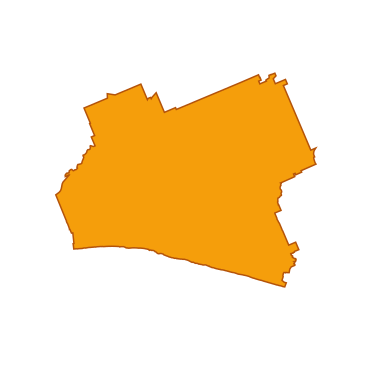 the district of Capel, Western Australia, Australia, rotated 247°
{"feature_id": "25037944B63911738750692", "entity_name": "Capel", "entity_type": "district", "adm_level": 2, "iso_a3": "AUS", "parent_name": "Australia", "parent_adm1": "Western Australia", "projection": "albers", "projection_center": [115.572, -33.527], "detail": "fine", "context": "isolated", "style": "filled", "palette": "amber", "viewbox_px": 384, "rotation_deg": 247, "n_neighbors": 0, "source": "geoboundaries", "source_scale": "gbopen_adm2", "svg_char_len": 5810}
<svg xmlns="http://www.w3.org/2000/svg" viewBox="0 0 384 384"><g transform="rotate(247 192 192)"><path d="M185.7,60.9L184.9,63.4L184.4,64.3L184.1,65.6L183.3,67.8L182.9,68.9L182.7,70.6L181.9,72.4L181.7,73.5L181.5,74.3L181.4,74.8L181.1,75.8L180.7,76.8L180.1,78.8L179.7,79.9L179.4,81.0L179.0,81.7L178.7,83.2L178.2,84.6L177.6,86.4L177.2,87.2L176.9,88.2L176.6,88.6L176.3,89.2L175.5,91.5L175.2,92.5L174.9,93.1L174.7,93.8L173.9,95.6L173.4,97.0L172.3,99.4L171.7,100.7L170.5,103.2L170.1,103.7L169.9,103.9L169.6,104.1L169.6,104.9L169.5,105.1L168.5,107.5L168.0,108.1L167.3,108.8L166.3,109.5L166.1,109.8L166.0,110.4L165.5,110.9L165.2,111.4L164.6,113.0L164.2,114.3L163.7,115.8L163.0,117.4L162.1,119.3L161.3,120.7L160.4,122.9L160.1,123.4L158.6,126.1L158.1,126.7L157.2,128.1L156.6,128.9L156.3,129.4L156.0,129.7L155.7,129.8L155.1,129.8L154.9,130.0L154.8,130.3L154.9,130.8L154.7,131.3L154.4,131.7L153.9,132.1L153.8,132.6L153.3,133.5L153.0,133.9L152.2,134.5L151.6,134.6L151.1,135.2L150.9,135.4L149.6,135.9L148.8,136.4L148.4,136.9L148.0,137.5L148.0,138.3L147.3,139.8L146.5,140.7L146.3,141.0L146.1,141.2L145.3,141.5L144.9,141.7L144.5,142.3L143.0,143.7L142.5,144.4L141.1,145.6L140.6,146.4L139.5,147.6L138.8,148.9L137.8,149.9L137.5,150.8L137.2,151.4L137.0,151.7L136.8,151.8L136.7,151.8L136.6,152.0L136.4,152.7L136.0,152.9L135.9,153.1L135.8,153.6L135.5,153.9L134.6,155.5L134.4,156.1L133.6,157.3L133.1,158.6L132.9,158.9L132.4,159.5L130.9,161.4L129.7,162.5L128.4,163.5L127.3,164.5L127.2,164.6L127.0,165.5L126.5,166.1L126.0,166.4L125.1,167.2L124.9,167.5L124.4,168.7L123.5,169.7L123.0,170.0L122.8,170.5L122.2,171.4L121.8,171.9L121.4,172.7L120.5,173.6L120.4,173.8L120.2,174.5L120.0,174.9L119.9,175.5L119.5,176.1L118.7,177.0L118.3,177.2L117.4,178.3L116.9,178.6L116.8,178.8L116.8,179.0L116.7,179.0L116.2,179.3L115.5,180.1L114.6,180.9L114.0,182.1L112.4,183.8L111.5,185.0L110.9,185.9L110.7,186.1L110.3,186.7L109.8,187.4L109.5,188.0L109.1,188.2L108.5,189.5L107.4,191.1L106.8,191.7L105.9,193.0L103.1,196.5L102.2,197.7L101.5,198.9L101.0,199.6L99.8,200.9L99.4,201.4L98.9,201.8L98.6,202.2L98.2,202.7L96.1,206.1L95.6,206.7L93.8,209.3L92.0,211.5L91.3,212.1L90.6,212.8L88.8,214.7L88.4,215.4L87.3,216.5L86.8,217.2L86.0,218.1L85.5,218.8L85.0,219.3L83.2,221.8L81.9,223.2L81.0,224.3L80.4,225.1L78.7,227.1L77.3,228.9L76.5,229.8L74.6,232.2L73.7,233.2L73.3,233.7L73.1,234.2L72.1,235.3L70.5,237.6L69.4,238.7L68.4,240.3L71.6,243.3L72.8,241.7L75.5,240.3L78.4,242.8L79.5,243.0L81.4,244.3L82.0,245.3L81.0,246.6L81.3,247.0L80.3,248.7L79.8,249.9L82.4,251.6L82.9,252.0L84.3,254.1L84.3,258.0L85.2,258.4L85.5,258.3L85.5,258.1L85.6,257.9L86.2,257.7L86.4,257.8L86.5,258.0L86.4,258.2L86.5,258.4L86.9,258.7L87.1,259.1L87.5,259.0L87.7,259.4L87.8,259.5L87.9,259.4L87.7,260.2L88.0,260.6L88.2,260.8L88.4,260.7L88.9,260.8L89.2,261.4L89.6,261.5L89.8,261.3L90.1,261.3L90.4,261.0L90.3,260.8L90.3,260.7L90.7,260.5L91.5,259.7L92.1,259.4L92.5,258.9L93.0,259.2L93.3,259.5L93.6,259.6L94.0,259.5L94.4,259.0L94.4,258.9L94.6,258.8L94.9,258.8L95.2,258.7L96.0,259.0L96.2,258.8L96.4,258.7L96.6,258.7L96.7,258.9L96.6,259.0L96.2,259.4L96.4,260.1L96.6,260.3L96.6,260.5L96.4,261.0L96.3,261.3L96.6,261.5L96.7,261.8L96.6,262.6L96.6,262.8L96.8,262.9L97.1,263.0L97.4,263.9L97.2,264.6L97.2,267.8L105.3,267.8L105.3,260.3L120.9,260.3L121.3,260.1L122.9,260.2L129.3,260.2L130.0,259.9L131.2,259.9L133.7,259.6L134.7,259.9L140.0,259.9L140.3,260.0L140.3,266.8L146.0,266.8L146.0,266.6L146.4,266.4L146.7,266.7L147.3,266.6L148.5,266.7L148.8,266.7L149.0,266.9L149.4,266.9L149.7,267.1L149.9,267.5L150.5,267.6L151.1,267.9L152.1,268.2L152.9,269.0L152.8,269.5L153.0,270.5L153.7,271.5L153.9,272.5L153.9,272.8L154.0,273.0L154.4,273.2L155.7,273.3L156.4,273.8L156.7,274.3L157.3,274.7L158.4,274.9L158.8,274.9L159.9,274.5L160.4,274.4L161.9,274.9L163.0,275.8L163.1,276.2L163.4,276.3L163.5,276.5L164.1,276.5L164.4,276.7L164.6,277.0L165.1,277.6L165.3,277.7L165.7,277.3L166.0,292.6L168.9,292.5L168.9,294.2L167.3,294.2L167.4,300.7L169.0,300.7L169.2,317.0L171.0,316.7L175.0,317.1L176.4,317.6L176.4,318.6L178.9,318.6L180.0,319.0L181.4,319.8L182.5,320.8L184.1,323.1L184.1,317.7L254.3,317.7L254.3,322.0L259.1,322.0L259.1,311.0L264.4,311.0L264.9,312.0L266.1,314.7L269.0,314.7L269.1,310.6L269.3,310.6L269.3,308.4L267.5,307.9L266.7,307.2L266.6,305.8L266.1,303.7L265.0,303.8L265.0,296.7L268.0,296.7L268.0,299.3L270.9,299.4L270.9,299.0L273.9,299.0L273.8,279.1L274.1,209.8L276.1,209.8L276.1,197.7L297.4,197.8L295.0,192.7L294.5,191.9L293.8,190.9L295.2,190.9L295.3,189.3L295.2,188.0L294.4,187.0L311.3,187.1L311.4,159.2L315.6,152.4L311.4,150.8L311.5,125.4L295.0,125.3L295.0,124.5L282.0,124.4L282.0,120.8L272.4,120.8L272.4,120.5L272.3,119.5L272.4,119.1L273.1,118.1L274.2,116.9L274.3,116.6L274.3,116.4L273.9,116.1L272.7,115.9L272.0,115.3L271.6,115.0L271.3,114.7L271.2,114.6L271.2,114.1L271.3,113.7L271.6,112.9L271.6,112.6L271.1,111.6L269.9,110.7L269.3,110.1L269.0,109.4L268.2,107.5L268.5,106.5L268.5,106.2L268.2,106.0L267.8,105.8L266.8,106.0L266.0,105.8L265.3,105.0L264.8,104.8L264.4,104.2L263.5,103.3L262.2,102.2L261.9,102.0L261.5,101.7L261.4,101.0L261.3,100.4L261.6,99.3L261.7,98.4L261.9,97.9L261.9,97.7L261.5,97.1L259.8,95.8L259.6,95.7L259.2,95.9L258.7,95.9L258.4,95.4L258.0,94.3L257.9,94.0L258.2,92.5L257.9,91.9L257.9,91.2L258.0,91.0L258.2,90.8L259.8,90.1L259.9,89.7L260.0,89.1L259.4,87.2L259.2,87.1L258.1,86.6L257.7,86.2L258.0,85.5L257.9,84.9L258.2,84.4L258.3,84.0L258.1,83.4L257.7,82.9L257.5,82.4L257.3,82.1L256.8,81.7L255.9,81.5L255.7,81.4L255.7,83.6L255.8,83.7L255.8,85.6L255.7,85.7L252.2,78.6L251.6,77.3L250.4,75.9L249.6,75.3L246.3,73.1L245.6,72.5L245.0,71.9L244.5,71.3L244.0,70.4L243.6,69.5L242.6,65.5L215.5,65.1L214.6,65.2L214.3,65.1L214.0,64.9L212.2,64.9L211.6,65.1L207.3,64.9L205.6,64.7L205.4,64.6L205.3,65.0L201.3,65.0L200.9,66.3L190.7,63.2L190.9,62.4L185.7,60.9Z" fill="#f59e0b" stroke="#b45309" stroke-width="1.5"/></g></svg>